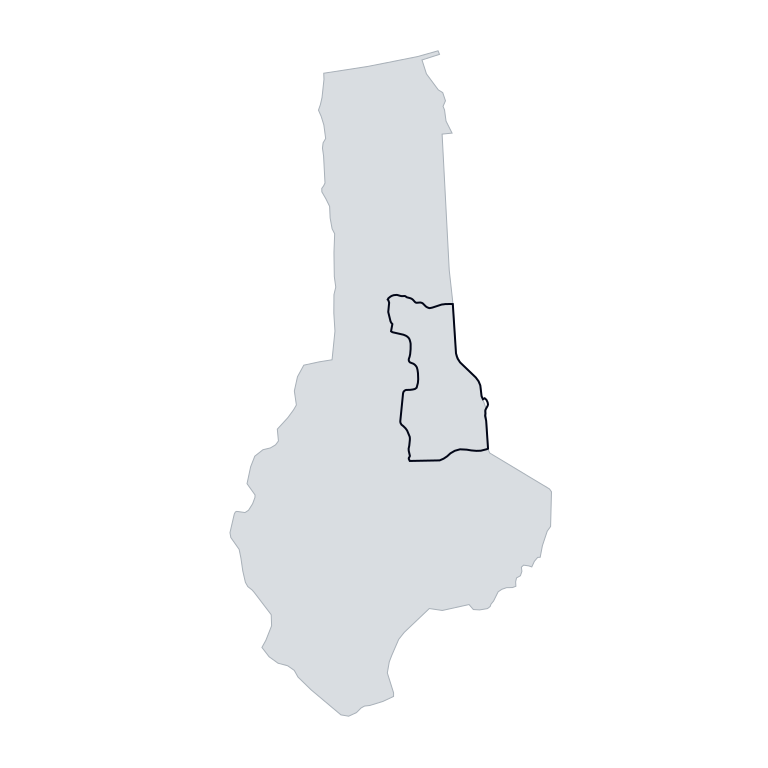 location of Donga within Benin, rotated 177°
{"feature_id": "BEN-2182", "entity_name": "Donga", "entity_type": "Department", "adm_level": 1, "iso_a3": "BEN", "parent_name": "Benin", "parent_adm1": "", "projection": "orthographic", "projection_center": [1.891, 9.258], "detail": "medium", "context": "in_parent", "style": "outline", "palette": "ink", "viewbox_px": 768, "rotation_deg": 177, "n_neighbors": 0, "source": "natural_earth", "source_scale": "10m", "svg_char_len": 3779}
<svg xmlns="http://www.w3.org/2000/svg" viewBox="0 0 768 768"><g transform="rotate(177 384 384)"><path d="M312.6,713.9L311.3,710.3L329.1,705.6L325.4,691.5L314.4,674.9L310.1,671.9L307.8,663.6L310.5,658.2L309.2,654.5L308.3,643.3L302.9,631.0L312.9,630.5L312.9,590.7L312.9,552.5L312.9,520.0L312.9,494.2L311.1,463.4L310.8,440.7L310.4,410.8L306.8,401.5L291.9,385.7L287.8,377.5L287.1,366.6L283.7,355.4L283.6,335.9L283.4,313.1L282.0,309.5L265.8,298.6L242.9,283.1L225.5,271.4L224.2,270.5L222.4,267.6L225.1,233.0L228.7,228.5L234.3,214.2L237.1,202.8L239.6,202.8L243.1,199.1L246.0,193.6L249.0,194.8L254.1,195.8L256.4,193.9L256.1,189.7L257.8,185.4L261.8,183.4L262.9,179.6L262.9,175.1L266.4,174.0L272.3,174.2L277.1,172.8L280.9,170.5L285.9,161.6L288.7,158.5L289.6,156.3L292.4,154.3L300.3,153.4L306.6,154.1L310.6,159.3L337.6,154.8L350.5,157.4L376.8,134.9L382.7,128.2L390.6,112.3L393.3,106.2L395.8,95.3L390.6,75.1L390.8,71.5L401.6,67.1L415.1,63.7L420.3,63.4L423.8,61.7L428.7,57.3L436.7,54.1L441.4,55.2L444.3,55.8L472.8,82.4L485.2,95.8L488.6,102.7L495.0,107.7L504.4,110.7L513.0,117.6L519.7,127.3L515.4,134.2L508.9,148.4L508.7,159.5L524.6,182.8L526.5,185.2L530.6,188.8L532.8,193.2L534.8,204.7L536.0,217.7L537.3,226.4L545.0,238.7L545.6,243.6L540.3,262.0L539.1,264.0L537.7,264.5L529.5,262.9L525.9,265.0L521.5,271.2L518.8,277.5L518.6,280.0L526.0,291.6L521.5,308.3L516.8,318.7L508.3,324.7L500.8,326.1L495.5,328.9L492.4,332.6L492.9,344.5L481.8,355.4L475.6,363.0L472.6,367.6L473.9,381.7L470.0,395.8L463.1,407.0L447.6,409.5L434.6,410.9L430.2,439.4L430.4,457.4L429.3,475.8L427.1,483.3L428.0,493.9L427.1,517.8L425.4,536.6L427.7,541.7L429.1,552.7L429.0,564.2L432.4,572.1L436.0,579.1L435.9,582.6L434.0,584.9L432.4,587.8L432.4,614.8L433.1,622.8L432.2,628.0L429.4,632.2L430.5,645.8L432.7,654.5L435.1,660.9L432.9,666.3L430.9,673.3L428.0,691.3L427.9,697.5L383.3,702.0L333.4,709.2L312.6,713.9Z" fill="#d9dde1" stroke="#a8b0b8" stroke-width="1"/><path d="M284.2,364.5L282.6,362.9L281.5,360.3L281.2,358.1L281.7,356.7L283.5,353.8L284.2,352.5L284.3,351.4L284.3,349.2L284.5,348.2L284.7,346.9L283.9,341.9L283.5,314.0L284.8,313.5L290.8,312.3L295.2,312.4L300.3,313.1L304.8,314.1L311.5,314.8L316.8,313.6L321.3,311.3L324.7,308.5L328.4,306.3L332.4,304.8L362.3,305.8L363.2,308.0L363.0,309.0L362.8,309.1L361.9,310.8L362.8,316.0L362.8,318.1L362.0,321.1L361.1,326.8L361.0,328.6L361.1,330.0L363.2,335.9L363.4,336.4L364.8,338.6L366.9,340.9L368.7,342.5L369.6,344.4L369.7,345.9L365.5,373.4L365.1,374.8L364.7,375.4L364.1,376.0L363.7,376.3L363.2,376.6L362.7,376.8L362.1,376.9L358.1,376.8L355.6,377.0L353.9,377.3L353.4,377.4L352.6,377.9L351.6,378.6L350.1,383.3L349.6,386.9L349.5,393.0L349.8,396.4L350.3,398.7L350.5,399.2L351.0,400.1L351.7,401.0L352.3,401.7L352.8,402.1L353.6,402.7L356.7,404.1L357.1,404.4L357.4,404.8L357.9,405.7L358.0,406.4L358.0,407.1L357.9,407.7L357.0,409.9L356.3,412.5L355.6,417.4L355.3,422.7L355.5,424.4L356.0,426.6L356.3,427.5L356.7,428.3L357.3,429.1L358.1,429.9L358.9,430.6L359.9,431.2L362.0,432.2L372.6,435.2L373.2,435.5L373.5,435.7L374.2,436.3L372.5,443.4L373.5,444.7L374.2,446.2L376.0,455.7L374.6,464.9L375.3,467.5L375.9,468.1L375.1,469.4L373.6,470.5L372.7,471.1L371.4,471.7L369.6,472.2L367.1,472.3L366.5,472.3L365.8,472.1L362.9,471.1L361.6,470.8L359.1,470.8L358.5,470.7L358.0,470.5L356.8,469.5L356.3,469.3L353.2,468.3L352.2,467.8L351.3,467.2L350.5,466.4L348.9,464.4L348.5,464.0L348.1,463.7L347.6,463.5L347.0,463.4L343.7,463.5L343.1,463.4L342.5,463.2L341.9,463.0L341.0,462.4L338.2,459.3L337.3,458.6L336.4,458.1L335.3,457.6L334.7,457.4L333.4,457.5L331.6,457.8L322.4,460.3L321.3,460.4L320.7,460.4L318.7,460.6L313.0,460.4L311.1,460.2L310.5,410.9L309.9,408.0L309.1,405.4L306.9,401.6L292.0,385.7L289.4,381.8L287.9,377.5L287.2,366.7L286.0,363.6L284.2,364.5Z" fill="none" stroke="#020617" stroke-width="2"/></g></svg>